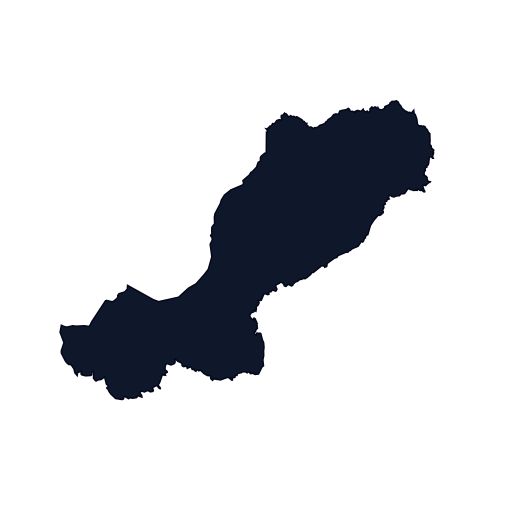 the district of Mucajaí, Roraima, Brazil, rotated 141°
{"feature_id": "56859067B90019213864957", "entity_name": "Mucajaí", "entity_type": "district", "adm_level": 2, "iso_a3": "BRA", "parent_name": "Brazil", "parent_adm1": "Roraima", "projection": "natural_earth1", "projection_center": [-62.094, 2.526], "detail": "fine", "context": "isolated", "style": "filled", "palette": "ink", "viewbox_px": 512, "rotation_deg": 141, "n_neighbors": 0, "source": "geoboundaries", "source_scale": "gbopen_adm2", "svg_char_len": 6056}
<svg xmlns="http://www.w3.org/2000/svg" viewBox="0 0 512 512"><g transform="rotate(141 256 256)"><path d="M73.8,204.0L75.3,205.7L74.5,208.5L73.6,209.2L73.6,210.8L74.4,212.8L73.4,214.5L72.1,215.6L70.7,215.8L69.5,217.6L68.0,217.9L67.3,217.5L66.0,218.8L65.3,218.4L63.7,219.2L59.3,223.5L58.1,223.3L57.2,222.2L57.3,220.9L56.7,220.4L56.2,222.2L53.1,224.3L53.3,224.9L51.2,226.4L51.7,229.8L50.6,231.2L50.7,234.0L50.0,234.1L48.3,235.9L43.9,241.7L44.1,243.9L43.4,246.5L43.7,248.1L43.3,250.2L44.0,251.6L45.7,252.5L45.6,253.2L47.3,254.5L47.7,256.5L44.8,261.3L43.2,265.7L43.5,267.1L41.7,270.0L45.6,269.2L46.0,270.9L47.6,271.9L48.0,273.7L48.7,274.3L49.5,278.9L49.0,281.9L49.2,284.1L48.6,286.0L49.2,288.3L51.3,289.1L53.0,290.6L55.9,290.5L56.2,289.8L57.1,289.7L61.8,291.0L63.2,289.8L66.4,290.4L68.2,292.8L67.8,294.7L68.5,294.4L69.1,295.1L69.2,296.4L69.9,297.1L72.3,297.3L72.1,298.9L74.6,298.7L75.3,298.1L75.5,297.3L77.6,296.6L78.2,297.1L78.3,298.6L80.0,298.9L80.4,299.6L80.7,301.2L80.3,302.7L83.3,302.3L85.5,305.3L88.0,306.0L88.2,305.3L88.9,305.4L89.9,307.7L91.1,308.4L91.6,309.5L91.0,311.3L91.4,312.7L93.6,312.9L98.0,315.3L99.7,315.9L102.8,314.2L104.5,316.2L106.7,317.0L110.2,316.2L114.2,316.6L115.9,315.9L117.0,316.3L118.6,315.8L120.5,316.0L124.2,317.4L127.6,317.3L129.8,319.0L131.0,318.6L132.1,321.7L133.8,322.8L134.3,323.8L134.5,324.6L133.9,324.8L134.5,325.6L133.0,327.1L134.1,327.8L133.9,330.1L134.7,331.2L134.5,332.8L136.4,337.9L136.7,338.6L138.1,338.9L138.6,340.6L139.9,341.3L140.8,343.3L141.5,343.2L143.2,343.9L143.0,347.1L143.2,347.8L143.9,348.1L143.9,349.1L146.5,348.5L147.8,349.3L149.1,348.0L149.6,346.5L151.2,345.8L152.0,347.3L154.6,348.2L157.5,347.4L158.8,347.4L159.8,348.5L162.1,347.4L163.5,348.2L165.0,347.9L165.3,347.3L165.8,347.9L167.4,347.7L167.5,346.9L169.4,345.0L170.0,345.6L183.2,329.6L184.5,330.4L189.5,330.3L191.1,329.3L192.5,327.1L195.5,327.4L199.7,324.7L205.9,323.9L207.4,324.2L210.3,323.1L218.2,322.9L218.9,322.6L219.9,320.3L221.5,319.6L234.1,323.2L242.2,323.2L247.7,321.3L250.9,319.1L261.2,314.7L263.9,312.4L267.9,307.1L271.2,306.5L272.8,305.6L276.7,300.6L278.1,300.7L278.6,300.1L278.5,298.2L279.3,296.8L280.4,295.7L284.2,294.0L290.8,283.2L301.4,275.7L307.6,274.2L320.0,272.1L328.7,273.5L342.1,272.7L360.4,281.8L363.3,286.7L374.3,314.0L376.7,311.4L377.8,311.1L380.7,310.7L386.1,312.9L388.3,312.4L389.3,311.0L390.8,310.5L395.7,310.5L397.0,311.5L400.2,315.6L401.2,315.9L425.0,308.3L429.2,306.4L430.3,306.6L433.2,309.7L440.1,314.8L442.3,317.1L447.8,319.8L449.7,322.3L450.8,324.7L456.2,320.1L459.8,309.5L466.9,304.9L468.4,303.0L470.2,294.5L470.3,292.3L469.8,289.6L468.1,287.9L468.5,282.9L470.3,279.1L470.2,275.6L468.2,277.4L467.5,277.6L464.1,276.0L466.2,274.5L466.1,273.1L463.8,270.1L459.6,267.1L458.5,267.0L457.6,267.6L456.9,269.1L455.8,269.0L455.4,268.4L455.7,267.1L459.2,263.4L459.3,260.1L458.8,259.4L457.3,259.3L454.0,257.5L449.8,257.2L452.9,250.6L452.6,248.4L453.0,247.5L454.9,247.5L455.2,246.7L454.8,245.6L455.5,243.1L455.7,240.4L454.8,233.6L450.4,228.7L449.0,228.3L447.0,229.7L446.4,229.5L444.8,225.3L442.6,224.9L441.8,223.4L438.2,221.2L435.5,221.5L433.5,218.1L432.6,219.4L432.4,222.4L431.4,223.3L429.6,222.7L428.4,220.6L424.7,219.6L423.7,217.0L421.6,215.8L420.7,215.8L420.2,216.4L419.4,218.8L415.3,218.1L414.5,217.3L414.5,214.1L414.0,213.2L413.4,213.6L413.4,216.7L412.6,217.6L410.5,218.3L403.7,222.6L401.4,220.3L400.9,221.6L400.1,221.9L398.2,221.5L397.7,222.3L398.2,224.2L397.8,225.5L395.6,227.8L393.7,228.5L392.8,228.3L390.6,224.8L387.3,223.8L386.0,224.2L385.0,225.2L384.5,226.6L383.8,226.9L383.3,226.6L383.1,223.5L381.4,220.2L381.3,219.0L382.4,217.3L382.1,215.8L379.3,214.0L379.1,213.1L379.9,212.7L380.1,211.9L376.7,211.2L376.5,209.9L376.9,208.0L375.7,206.8L375.7,205.3L375.2,204.2L373.8,204.9L373.2,204.7L372.7,202.7L371.4,202.6L371.0,202.1L370.4,197.3L369.5,194.9L368.7,193.3L366.7,191.8L368.4,189.0L368.0,186.7L366.2,187.1L361.5,182.0L354.5,179.6L353.7,178.5L353.0,174.8L352.4,174.4L351.5,175.5L351.5,176.6L348.8,175.0L347.3,176.2L346.0,175.2L344.0,176.3L341.0,174.6L339.3,174.4L336.9,172.4L336.5,170.8L335.1,170.8L334.4,170.1L334.3,168.0L332.6,167.2L331.2,164.5L328.3,162.7L321.2,166.0L319.3,165.9L316.0,171.0L312.8,173.6L309.8,177.5L307.3,179.9L304.6,183.9L303.7,187.1L301.1,192.6L301.5,193.6L302.9,194.4L303.4,195.3L304.2,195.6L305.5,194.4L306.0,195.0L306.3,196.8L305.2,197.6L304.0,197.5L302.9,198.5L300.3,199.0L299.6,200.5L298.8,201.2L298.4,202.5L297.6,202.7L296.2,207.7L296.6,209.0L297.2,208.8L297.3,207.8L297.9,207.6L298.3,208.1L299.0,210.0L298.8,213.5L295.6,214.9L292.8,214.0L291.8,214.9L290.9,213.1L288.9,214.8L288.2,216.0L287.2,216.5L285.3,216.5L283.0,217.7L282.7,219.7L281.9,219.8L281.1,218.9L279.7,218.3L274.1,221.3L272.6,221.1L271.5,218.9L270.4,218.2L269.8,218.2L269.4,219.5L268.5,219.8L267.0,218.8L264.4,219.2L263.1,216.5L262.5,216.2L260.6,217.0L259.9,219.7L258.6,221.0L255.2,220.1L253.6,220.2L252.4,219.0L252.2,216.7L252.8,215.1L252.3,213.9L251.8,213.5L248.9,213.8L247.2,210.3L246.0,210.1L244.6,210.8L241.3,211.0L239.9,210.2L236.6,210.2L235.6,209.3L233.3,208.7L232.2,207.5L229.9,207.2L225.2,207.3L222.8,207.9L221.7,207.1L211.0,207.1L209.0,204.7L209.6,204.0L208.1,203.5L207.6,203.4L205.4,205.4L196.6,205.0L194.0,204.0L192.1,204.7L183.9,202.4L182.1,201.1L181.0,201.6L179.3,201.0L176.6,201.1L170.4,199.3L165.1,201.1L164.6,199.9L163.5,199.7L160.9,201.3L159.5,201.2L159.1,202.1L157.0,202.6L155.7,202.2L147.9,207.7L142.4,209.5L136.2,210.7L135.1,210.7L134.6,209.9L133.2,209.4L131.6,209.5L131.3,210.2L130.0,209.5L129.0,210.7L129.2,211.8L126.1,213.1L125.3,215.1L122.8,215.0L122.2,216.6L121.2,216.9L120.0,216.3L118.9,217.2L116.5,216.5L116.2,217.6L116.6,218.4L114.0,219.1L113.4,218.7L113.1,217.0L111.7,215.1L109.1,214.3L106.6,212.6L104.3,213.0L101.2,211.0L96.5,212.4L94.5,212.3L94.4,210.6L92.8,209.0L92.7,208.2L89.4,205.6L89.0,206.2L87.5,205.3L87.4,204.1L86.8,203.3L85.8,202.9L85.2,200.2L84.5,199.7L84.0,200.2L84.0,201.2L82.4,205.6L80.9,205.3L79.9,204.0L79.2,204.0L78.6,204.7L77.5,204.1L75.3,204.4L74.6,203.8L73.8,204.0ZM167.4,347.7L168.1,348.5L168.1,346.5L167.4,347.7Z" fill="#0f172a" stroke="#020617" stroke-width="1.5"/></g></svg>